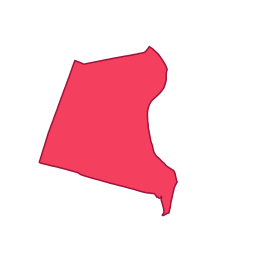 the district of Chau Phu, An Giang, Vietnam, rotated 35°
{"feature_id": "81297802B67223328663780", "entity_name": "Chau Phu", "entity_type": "district", "adm_level": 2, "iso_a3": "VNM", "parent_name": "Vietnam", "parent_adm1": "An Giang", "projection": "albers", "projection_center": [105.199, 10.569], "detail": "fine", "context": "isolated", "style": "filled", "palette": "rose", "viewbox_px": 256, "rotation_deg": 35, "n_neighbors": 0, "source": "geoboundaries", "source_scale": "gbopen_adm2", "svg_char_len": 5600}
<svg xmlns="http://www.w3.org/2000/svg" viewBox="0 0 256 256"><g transform="rotate(35 128 128)"><path d="M45.8,103.2L46.2,104.7L46.5,106.0L47.1,108.2L47.3,108.9L47.5,109.8L48.0,111.4L48.6,113.5L49.1,115.4L49.9,118.2L50.7,121.0L50.8,121.6L51.1,122.9L51.4,123.7L51.7,125.1L52.0,126.2L52.1,126.4L52.4,127.7L52.7,128.7L52.9,129.5L53.6,132.1L54.1,134.4L54.4,135.4L54.8,136.7L55.1,137.9L55.5,139.5L55.7,140.5L56.1,142.0L56.5,143.1L56.7,144.3L57.0,145.0L57.1,145.4L57.6,147.3L57.8,148.2L57.9,148.7L58.3,150.0L58.5,150.5L58.5,150.9L58.9,152.2L59.0,152.3L59.1,152.8L59.4,153.7L59.6,154.6L59.9,155.9L60.1,156.7L60.2,157.2L60.7,158.9L60.9,159.7L61.6,162.4L62.1,164.2L63.0,167.8L63.1,168.1L63.4,169.4L63.7,170.6L64.0,171.6L64.3,172.8L64.6,173.7L64.7,174.4L64.9,174.8L65.2,175.9L65.2,176.0L65.2,176.3L65.4,177.1L65.8,178.3L65.9,178.5L66.0,178.9L66.1,179.2L66.1,179.3L66.2,179.6L66.4,180.3L66.6,180.8L66.8,181.3L66.8,181.5L67.1,182.2L67.2,182.5L67.3,182.9L67.5,183.5L67.6,184.1L67.7,184.3L67.9,184.9L68.1,185.5L68.2,185.8L68.3,186.1L68.4,186.4L68.5,186.7L68.7,187.2L68.8,187.8L69.0,188.3L69.2,188.9L69.4,189.5L70.0,191.2L70.2,191.8L70.3,192.2L70.4,192.7L70.7,193.5L70.9,194.3L71.0,194.6L71.2,195.0L71.3,195.4L71.4,195.7L71.6,196.4L71.6,196.5L71.7,196.8L71.9,197.4L72.1,198.0L72.2,198.3L72.8,200.1L73.0,200.6L73.1,201.2L73.4,201.9L73.6,202.7L73.9,203.4L74.3,204.9L74.7,206.3L74.9,206.8L75.0,206.9L75.1,207.0L75.3,207.0L76.2,206.9L76.6,206.8L77.4,206.5L78.7,206.0L79.2,205.8L80.1,205.5L81.3,205.0L83.1,204.3L83.5,204.1L84.0,204.0L84.7,203.7L85.1,203.5L85.8,203.3L86.3,203.1L87.3,202.7L89.6,201.7L90.6,201.3L91.9,200.8L92.2,200.6L94.3,199.9L95.8,199.3L96.6,199.0L98.8,198.2L100.9,197.4L101.7,197.1L102.5,196.8L103.3,196.6L105.0,196.0L109.3,194.4L111.6,193.7L113.0,193.2L113.4,193.2L113.6,193.2L113.8,193.3L114.0,193.3L114.4,193.3L114.7,193.3L115.2,193.3L116.2,193.2L119.1,192.4L121.0,191.8L123.3,191.0L125.2,190.4L126.7,189.9L130.3,188.6L131.9,188.0L133.7,187.3L134.0,187.2L134.3,187.1L134.9,186.9L135.9,186.6L136.5,186.4L139.1,185.5L140.6,184.9L142.0,184.4L143.0,184.1L145.2,183.4L147.5,182.5L149.8,181.5L152.0,180.8L154.4,179.9L157.4,178.7L159.9,177.8L163.6,176.5L164.6,176.1L167.0,175.2L169.3,174.4L171.7,173.6L174.1,172.9L175.9,172.2L178.3,171.3L179.4,170.8L180.4,170.4L181.0,170.1L182.1,169.4L182.5,169.2L183.5,168.7L184.2,168.3L187.1,166.8L187.7,166.8L188.1,166.9L188.6,167.1L188.9,167.2L189.3,167.3L189.7,167.4L190.0,167.5L190.5,167.7L190.6,167.8L190.8,168.0L191.0,168.1L191.2,167.8L191.4,167.6L191.5,167.6L191.9,167.5L192.1,167.6L192.3,167.6L192.7,167.7L193.0,167.7L193.3,167.7L193.6,167.6L193.9,167.5L194.1,167.3L194.4,167.0L194.6,166.8L194.8,166.6L194.9,166.4L194.8,166.0L194.7,165.8L194.6,165.7L194.4,165.6L194.3,165.4L194.3,165.2L194.5,165.0L195.1,165.3L195.4,165.4L195.5,165.9L195.6,166.4L195.7,166.7L195.8,167.0L196.0,167.4L196.4,167.8L196.9,168.3L197.5,168.7L197.8,169.0L198.3,169.4L198.9,169.9L199.4,170.3L200.0,170.8L200.6,171.2L201.1,171.6L201.6,172.1L201.9,172.3L202.5,172.8L202.8,173.1L203.2,173.4L203.6,173.8L204.0,174.2L204.3,174.5L204.7,175.0L205.4,175.8L205.6,176.1L205.8,176.4L205.9,176.8L206.0,177.2L206.0,177.5L206.0,178.1L206.0,179.1L206.1,179.4L206.1,179.7L206.2,179.8L206.3,179.8L206.6,179.8L206.8,179.7L207.0,179.6L207.1,179.3L207.4,178.9L207.7,178.3L208.0,177.7L208.3,177.1L208.6,176.5L208.9,175.9L209.2,175.4L209.4,175.1L209.8,174.6L210.2,173.9L210.0,173.6L209.8,173.2L209.6,172.7L209.3,172.1L208.9,170.9L208.5,169.9L208.4,169.4L207.9,168.4L207.1,166.7L206.0,164.7L205.8,164.2L205.2,163.0L204.5,161.1L204.1,160.0L203.1,157.8L202.2,155.6L201.6,154.0L201.0,152.5L200.6,151.5L200.4,151.0L200.2,150.5L200.0,149.5L199.6,147.3L199.5,146.3L199.2,144.6L199.2,143.9L198.8,143.7L198.1,143.3L197.7,143.0L196.7,142.0L195.4,140.9L194.5,140.0L193.1,138.7L192.5,138.2L191.3,137.4L191.0,137.2L190.4,137.0L190.0,136.9L189.6,136.8L189.2,136.8L188.8,136.7L188.2,136.8L186.1,136.9L184.0,137.0L183.5,137.0L182.2,137.0L181.3,137.0L180.7,137.0L180.3,136.9L179.8,136.8L179.0,136.5L177.9,136.2L177.2,136.1L176.0,136.0L175.6,136.0L174.3,135.8L172.9,135.5L171.6,135.2L170.8,135.0L170.0,135.0L169.3,134.9L168.5,134.9L168.0,134.9L167.5,134.8L166.7,134.5L165.1,133.9L164.3,133.5L163.4,133.1L163.1,132.9L162.8,132.7L162.4,132.4L162.0,132.0L161.5,131.6L161.0,131.2L160.5,130.8L159.9,130.2L158.9,129.3L158.4,128.7L157.1,127.7L154.4,125.8L150.9,122.4L146.5,118.1L144.5,116.2L142.3,113.3L140.5,111.5L138.2,108.5L135.7,105.2L134.0,102.3L132.9,99.2L132.1,96.8L131.8,94.1L131.9,91.1L132.3,89.4L132.9,86.9L133.3,85.1L134.0,81.5L134.3,79.0L134.3,74.9L133.9,73.0L133.6,71.8L133.0,70.0L132.6,69.0L131.9,67.1L130.7,65.2L129.3,63.3L128.1,61.5L127.2,59.6L126.5,57.6L124.2,55.9L121.2,54.3L117.8,52.8L114.0,51.4L110.5,50.1L106.4,49.6L102.8,49.0L101.1,49.1L98.8,49.1L98.8,52.5L98.7,52.7L98.7,53.5L98.5,55.3L98.0,56.7L97.8,57.0L96.2,58.8L94.9,60.1L93.7,61.3L93.4,61.7L92.8,62.5L92.0,63.2L90.2,65.0L89.0,66.3L86.8,68.5L85.3,70.0L83.2,72.0L82.3,73.0L81.1,74.2L80.7,74.5L79.3,76.1L79.1,76.2L78.8,76.5L78.2,77.1L77.3,78.0L77.1,78.2L76.8,78.7L76.5,78.8L76.1,79.3L75.9,79.5L75.5,79.8L75.3,80.1L74.8,80.6L74.3,81.1L73.9,81.5L73.6,81.9L73.4,82.1L73.1,82.4L72.4,83.1L72.2,83.3L71.6,83.9L71.2,84.4L70.8,84.7L70.5,85.0L70.2,85.4L70.1,85.5L69.8,85.9L69.0,86.6L68.7,86.9L67.6,88.1L67.0,88.7L65.9,89.9L65.2,90.6L64.7,91.2L63.5,92.4L62.7,93.2L62.6,93.4L62.3,93.6L61.6,94.4L61.3,94.7L60.9,95.2L60.2,95.8L60.0,96.0L59.3,96.7L58.7,97.4L57.5,98.6L57.0,99.1L56.6,99.6L56.0,100.2L55.5,100.7L55.0,101.1L54.9,101.1L54.2,101.2L54.0,101.3L53.4,101.4L50.1,102.1L48.2,102.6L46.0,103.1L45.8,103.2Z" fill="#f43f5e" stroke="#9f1239" stroke-width="1.5"/></g></svg>